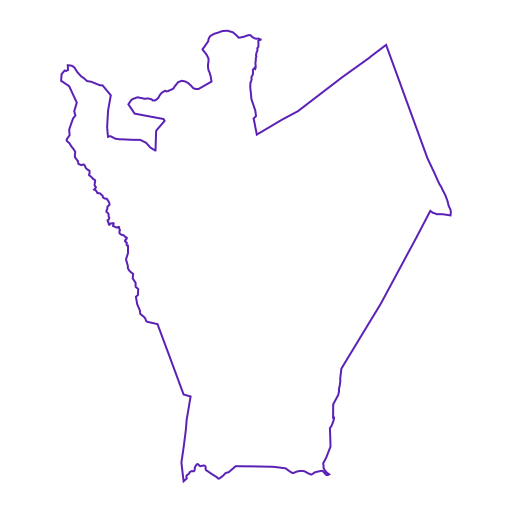 the district of San Francisco Telixtlahuaca, Oaxaca, Mexico
{"feature_id": "50627088B991618938085", "entity_name": "San Francisco Telixtlahuaca", "entity_type": "district", "adm_level": 2, "iso_a3": "MEX", "parent_name": "Mexico", "parent_adm1": "Oaxaca", "projection": "natural_earth1", "projection_center": [-96.95, 17.367], "detail": "fine", "context": "isolated", "style": "outline", "palette": "violet", "viewbox_px": 512, "rotation_deg": 0, "n_neighbors": 0, "source": "geoboundaries", "source_scale": "gbopen_adm2", "svg_char_len": 5902}
<svg xmlns="http://www.w3.org/2000/svg" viewBox="0 0 512 512"><path d="M386.1,44.9L370.4,56.8L369.3,57.8L342.1,77.3L297.9,111.2L282.3,119.5L256.8,134.6L256.3,131.8L256.1,131.1L253.8,119.2L253.7,118.8L253.6,118.5L255.8,116.4L256.0,116.0L255.3,110.6L251.4,99.0L250.8,92.1L250.4,89.2L250.2,86.5L250.5,82.3L251.0,81.7L251.6,79.4L251.4,77.2L252.3,75.5L252.8,74.7L253.0,72.8L252.9,69.8L254.4,68.0L255.2,68.9L255.6,67.9L255.7,65.8L255.4,63.7L255.9,59.1L255.8,58.0L256.4,56.3L256.0,55.5L256.5,52.6L257.5,50.2L257.3,48.2L258.2,47.1L258.5,45.8L258.3,40.8L260.3,39.7L261.5,39.9L258.6,38.6L256.3,38.7L254.5,38.3L252.3,37.0L250.4,35.2L248.7,35.1L247.0,35.6L244.0,36.7L240.9,37.4L238.7,37.7L236.1,35.0L232.9,32.3L227.4,30.7L222.1,31.1L218.5,32.5L213.9,33.9L210.2,36.1L208.9,38.2L208.4,40.0L208.2,41.3L204.3,46.9L203.3,48.2L202.5,49.2L202.6,49.7L205.2,52.9L207.0,55.4L208.5,58.6L208.5,61.7L208.0,64.5L208.0,67.0L208.4,69.7L208.9,71.2L209.6,72.4L210.0,74.5L210.6,75.7L211.5,81.6L198.5,89.0L195.8,89.0L193.4,88.3L190.8,85.4L189.6,84.4L188.1,83.0L185.0,81.4L181.7,80.8L178.1,82.2L176.1,84.7L174.0,87.4L173.5,88.5L172.1,89.3L169.5,90.3L168.2,91.1L166.3,91.4L165.3,90.8L163.3,91.7L161.4,93.1L159.8,95.1L158.3,97.9L156.2,99.8L154.8,100.5L152.7,100.4L151.6,99.3L147.8,98.4L144.7,98.8L141.7,98.1L137.5,97.3L134.1,98.5L131.6,99.7L129.5,102.6L128.4,104.3L134.6,113.6L148.8,116.3L163.5,119.0L164.6,120.9L156.4,130.4L156.1,131.5L155.5,151.2L154.9,149.9L153.4,149.5L150.2,147.4L146.1,142.8L140.3,139.9L132.1,139.8L123.8,139.4L119.5,139.3L115.3,138.7L113.4,137.7L111.2,136.5L109.8,136.2L108.0,136.8L107.1,127.1L108.1,110.4L110.8,95.3L102.5,85.3L100.0,85.3L91.1,81.7L87.1,81.1L83.8,78.1L81.3,76.5L77.3,72.1L74.3,67.4L71.8,65.7L67.8,65.2L68.0,70.0L66.2,71.0L64.7,70.5L61.6,74.1L61.1,80.8L69.1,86.1L76.8,102.6L74.2,111.3L75.4,115.5L73.1,118.4L71.1,123.9L69.2,129.6L69.6,135.2L68.0,137.5L66.6,139.6L66.8,140.9L69.4,143.2L71.5,146.6L72.6,147.9L72.8,148.1L75.2,151.7L75.2,152.8L74.8,155.2L75.0,157.3L77.9,161.2L78.5,164.0L81.3,165.1L83.6,164.4L84.8,165.6L85.6,167.6L86.4,168.7L87.9,169.8L89.5,170.8L89.6,172.9L89.0,174.9L89.3,175.4L90.2,176.0L92.5,178.1L93.4,179.3L94.7,179.7L95.2,180.8L94.6,184.5L94.7,185.5L95.3,186.6L95.8,186.9L95.8,187.6L95.5,188.2L95.2,188.4L94.1,189.6L96.0,190.6L97.0,192.2L97.4,193.1L99.8,193.3L102.6,195.7L103.0,197.5L104.9,198.6L106.7,198.7L108.3,201.0L109.4,203.3L109.5,204.8L109.1,205.3L108.4,205.7L107.7,206.3L107.5,206.7L107.3,209.0L106.6,210.2L106.4,211.1L106.4,211.8L108.0,213.1L108.6,214.3L108.6,215.7L108.7,216.7L109.3,217.9L109.1,218.5L108.6,219.6L107.6,220.2L107.7,221.1L108.3,222.0L108.8,224.3L109.2,224.8L109.5,224.8L110.1,223.6L110.7,223.6L113.3,223.1L113.6,223.3L113.7,223.7L113.1,225.5L113.0,226.0L116.5,227.5L117.3,227.6L117.8,227.1L118.5,226.9L119.1,227.1L119.1,228.1L119.3,229.0L119.8,229.6L119.9,230.4L119.3,231.9L119.4,232.7L119.8,233.5L120.3,234.0L121.0,234.5L121.5,234.8L122.2,234.9L122.9,235.0L123.7,235.3L125.4,237.0L126.3,237.4L126.8,237.7L126.7,238.4L126.2,239.5L125.6,239.5L125.2,240.2L125.0,241.1L125.1,241.4L126.8,242.7L126.6,243.8L126.6,244.8L127.0,245.4L127.3,245.6L127.5,245.6L127.9,245.6L128.0,246.7L128.0,253.1L126.0,259.4L127.8,265.7L127.9,268.3L129.1,270.4L130.3,271.7L133.1,273.9L132.7,278.4L135.6,282.8L135.6,286.8L138.2,289.0L137.9,295.0L135.9,296.8L137.2,304.2L139.9,310.6L140.2,313.8L144.2,317.1L145.5,318.9L146.0,320.8L147.3,321.8L157.5,324.1L169.3,355.8L183.6,394.5L190.6,396.5L186.7,419.5L185.8,430.3L183.7,446.8L181.4,462.6L183.6,481.3L186.7,478.5L186.6,478.1L186.6,477.7L186.4,476.6L186.4,476.2L186.5,475.8L186.7,475.4L187.0,475.1L188.2,474.3L188.7,474.0L188.9,473.8L189.1,473.5L189.6,472.5L189.8,472.2L190.3,471.8L190.7,471.5L191.1,471.3L191.5,471.2L192.0,471.1L193.2,471.3L193.5,471.3L193.9,471.2L194.1,471.0L194.3,470.8L194.4,470.6L194.5,470.3L194.7,469.1L194.9,467.6L195.0,467.1L195.2,466.7L196.5,464.7L196.7,464.4L197.0,464.3L197.3,464.1L197.6,464.1L197.9,464.2L198.2,464.3L198.4,464.6L199.3,465.5L199.6,465.8L199.9,466.0L200.1,466.1L200.4,466.1L200.8,466.1L203.4,465.5L203.9,465.5L204.3,465.6L204.8,465.8L205.2,466.1L205.4,466.4L205.6,466.9L205.7,467.4L205.7,468.0L205.6,468.6L205.6,469.1L205.7,469.5L205.8,469.8L206.0,470.1L206.3,470.3L212.5,474.5L216.4,476.9L216.9,477.2L217.1,477.5L217.7,478.1L218.0,478.4L218.2,478.5L218.4,478.6L218.7,478.6L218.8,478.6L219.3,478.5L219.5,478.4L219.8,478.2L222.7,476.0L223.1,475.6L223.7,475.1L225.1,473.5L225.5,473.2L226.2,472.8L226.5,472.7L226.9,472.6L228.2,472.4L228.5,472.3L229.5,471.5L235.7,466.2L254.3,466.4L273.5,466.8L285.5,468.3L289.7,471.4L292.6,473.1L294.3,472.7L295.0,472.3L296.2,471.8L296.8,471.6L298.5,471.2L299.1,471.1L299.8,471.0L302.1,470.9L304.0,471.2L305.4,471.7L306.6,472.5L310.5,474.4L311.3,474.5L311.6,474.4L312.0,474.2L312.9,473.7L314.3,472.7L315.0,472.3L315.7,472.1L317.7,471.6L320.4,471.1L321.2,470.9L321.7,470.8L322.0,470.8L322.3,470.9L322.7,471.1L322.9,471.3L323.2,471.5L324.1,472.6L325.9,474.6L326.2,474.8L326.4,474.9L326.6,475.0L326.9,475.1L327.4,475.1L327.6,475.1L327.9,475.0L328.3,474.8L328.9,474.5L329.2,474.3L328.7,474.0L328.3,473.8L327.6,473.2L325.9,471.8L325.6,471.1L325.2,470.6L324.8,470.2L324.4,469.7L323.8,468.4L323.6,467.6L323.5,467.1L323.5,466.5L323.5,465.4L323.4,464.9L323.2,463.3L325.2,459.6L326.3,457.4L330.5,446.6L330.4,441.6L329.9,428.2L331.3,426.2L331.9,425.0L332.7,422.9L333.7,419.8L334.0,418.6L334.0,417.4L333.9,417.3L333.6,417.6L333.1,417.7L333.2,404.3L338.3,394.8L338.5,393.6L339.0,391.6L339.0,389.7L338.9,389.2L339.0,388.4L339.7,386.0L340.1,382.4L340.4,381.0L340.2,379.6L340.2,378.6L341.4,368.6L353.7,348.3L372.7,317.0L373.0,316.5L373.4,315.9L380.8,303.7L408.0,253.1L415.7,238.8L430.3,210.9L433.2,213.0L435.1,213.4L436.5,214.2L442.5,214.2L450.5,215.4L450.9,211.6L450.5,210.0L450.0,208.5L449.3,207.3L448.5,205.3L448.3,204.3L447.4,200.7L445.3,195.1L442.2,189.1L441.5,187.4L439.2,183.7L434.1,172.3L427.5,158.4L386.1,44.9Z" fill="none" stroke="#5b21b6" stroke-width="2"/></svg>